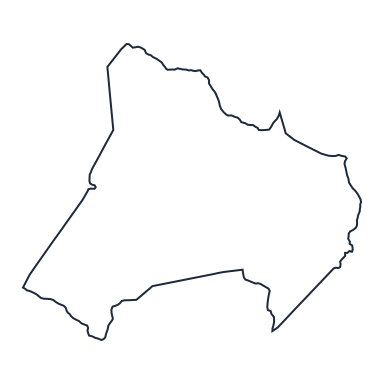 Guanambi, Bahia, Brazil (orthographic projection)
{"feature_id": "56859067B56952710224851", "entity_name": "Guanambi", "entity_type": "district", "adm_level": 2, "iso_a3": "BRA", "parent_name": "Brazil", "parent_adm1": "Bahia", "projection": "orthographic", "projection_center": [-42.803, -14.19], "detail": "fine", "context": "isolated", "style": "outline", "palette": "slate", "viewbox_px": 384, "rotation_deg": 0, "n_neighbors": 0, "source": "geoboundaries", "source_scale": "gbopen_adm2", "svg_char_len": 3166}
<svg xmlns="http://www.w3.org/2000/svg" viewBox="0 0 384 384"><path d="M208.9,83.3L209.1,80.4L207.6,77.5L205.1,76.5L203.7,74.5L201.9,72.7L200.3,70.3L197.8,70.5L195.6,71.1L193.2,70.8L191.3,70.1L189.1,70.5L186.1,69.6L182.5,69.4L179.7,68.8L177.6,68.3L174.7,69.6L170.6,69.5L167.8,69.8L166.1,68.7L165.0,67.0L163.2,64.9L161.8,62.5L158.7,60.3L156.2,58.6L153.0,57.1L150.7,55.1L148.6,54.6L146.1,53.3L144.7,50.0L143.1,48.8L140.6,47.5L138.1,46.7L135.5,47.3L132.7,47.6L130.9,45.9L128.9,44.2L126.6,44.0L121.2,49.2L107.4,66.9L109.4,88.9L113.0,126.8L113.3,130.0L107.5,140.6L105.6,144.0L99.2,156.0L92.0,169.1L90.7,172.6L89.7,174.6L89.6,177.4L89.4,181.1L90.1,183.4L92.1,184.7L94.6,185.3L95.7,187.1L94.5,188.8L90.9,188.6L88.5,189.1L87.6,191.2L82.5,200.0L81.2,201.8L64.0,226.0L62.8,227.8L54.4,239.4L35.1,266.8L31.2,272.5L29.4,275.1L23.0,287.6L25.2,288.8L26.8,290.3L29.7,291.0L32.8,292.4L36.3,294.2L38.6,296.0L40.7,297.8L43.5,298.7L47.0,298.8L50.9,299.2L53.3,300.0L55.7,301.9L58.6,303.7L61.0,304.7L63.8,305.8L65.7,307.8L66.7,311.0L67.9,312.7L69.7,314.1L71.3,316.4L73.3,318.2L76.1,319.7L78.9,321.0L81.6,323.4L85.1,324.8L87.2,325.6L88.1,327.9L87.5,330.6L88.1,332.9L89.0,335.5L92.6,336.5L95.4,337.9L97.8,338.5L101.5,340.0L103.6,339.1L105.3,337.3L105.9,334.4L106.7,332.0L107.5,329.8L108.0,327.7L108.4,325.6L110.2,322.8L112.0,320.5L112.9,318.6L112.3,316.3L111.6,313.3L111.4,309.6L112.6,306.6L115.0,305.9L117.5,305.0L120.0,303.2L121.7,301.0L124.6,300.3L129.3,300.2L136.4,299.8L150.3,288.0L152.3,286.2L155.6,285.5L212.8,274.2L218.8,272.9L223.7,272.0L242.6,269.7L243.0,272.6L243.4,275.0L243.9,277.3L245.3,279.5L247.8,280.4L250.7,281.6L253.5,282.8L255.8,283.6L258.0,283.2L260.2,283.8L263.3,285.6L265.9,287.1L268.6,288.7L269.7,291.0L268.9,294.4L268.4,297.0L267.9,300.6L267.5,303.6L267.3,307.1L267.9,310.1L270.7,311.1L271.4,313.8L274.0,317.2L274.1,321.1L273.8,323.6L273.2,326.2L272.5,328.4L272.4,331.1L277.8,327.4L283.7,321.2L297.1,306.9L304.4,299.3L333.7,268.4L335.9,267.6L338.2,268.1L340.1,267.1L340.6,264.3L340.1,261.7L341.8,259.4L343.3,257.9L345.2,255.8L345.1,252.9L347.4,252.9L349.5,251.0L351.9,251.8L352.7,249.8L352.5,247.5L352.2,245.4L349.6,243.8L349.9,241.6L348.2,238.7L348.6,236.4L348.7,233.6L350.2,231.4L353.2,229.9L355.9,227.7L356.9,225.6L357.1,223.2L356.9,220.2L357.6,218.0L358.4,214.5L359.7,211.5L359.9,208.8L360.3,206.8L360.2,204.6L361.0,202.0L360.6,199.5L359.5,197.3L357.8,194.2L356.1,191.8L354.6,190.1L352.8,188.4L350.7,185.3L349.0,182.5L348.4,178.5L347.2,175.5L346.6,172.8L346.1,170.2L345.6,167.9L345.0,165.9L344.5,163.7L345.0,161.2L346.7,158.4L345.2,156.5L341.8,155.9L338.5,154.9L335.8,155.9L333.0,156.1L331.0,155.9L328.5,155.7L321.4,153.7L308.9,147.4L294.4,140.0L285.7,133.3L284.6,129.3L279.7,112.5L278.8,115.6L277.7,117.5L276.6,119.4L275.1,120.8L273.1,123.2L271.1,126.9L269.2,129.6L267.2,129.8L264.9,130.0L261.6,130.2L258.7,129.9L257.6,127.9L255.6,126.9L253.2,125.1L250.2,125.0L247.7,124.7L245.3,123.2L241.3,122.2L239.9,119.8L237.8,117.7L234.4,116.7L231.4,115.4L227.8,115.5L225.8,114.2L223.4,111.9L221.2,109.1L219.8,105.7L219.2,102.3L218.0,98.9L216.8,96.2L215.8,93.7L214.5,91.5L213.1,89.9L211.9,88.1L210.6,86.0L208.9,83.3Z" fill="none" stroke="#1e293b" stroke-width="2"/></svg>